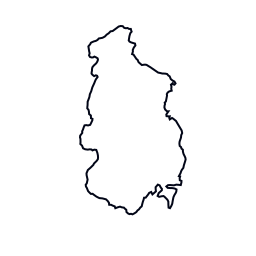 Carambeí, Paraná, Brazil, rotated 224°
{"feature_id": "56859067B81266662145879", "entity_name": "Carambeí", "entity_type": "district", "adm_level": 2, "iso_a3": "BRA", "parent_name": "Brazil", "parent_adm1": "Paraná", "projection": "equal_earth", "projection_center": [-50.155, -24.89], "detail": "fine", "context": "isolated", "style": "outline", "palette": "ink", "viewbox_px": 256, "rotation_deg": 224, "n_neighbors": 0, "source": "geoboundaries", "source_scale": "gbopen_adm2", "svg_char_len": 3470}
<svg xmlns="http://www.w3.org/2000/svg" viewBox="0 0 256 256"><g transform="rotate(224 128 128)"><path d="M197.8,199.6L198.8,198.3L200.3,197.4L202.5,197.6L204.1,196.3L205.2,194.5L205.5,192.5L205.8,190.7L206.4,187.1L207.7,185.4L207.7,182.7L208.2,180.4L208.2,177.7L209.0,175.2L210.1,173.6L211.2,172.1L211.1,170.2L211.7,168.2L212.6,166.8L213.4,165.0L213.9,163.5L213.4,162.0L213.2,159.2L209.1,156.1L207.5,155.1L206.5,153.2L204.7,152.7L203.1,153.5L202.2,154.5L201.8,156.0L199.8,156.7L198.2,157.0L197.0,156.2L196.2,154.4L195.8,152.4L196.0,149.2L195.8,146.9L194.7,145.2L193.7,144.2L193.0,143.0L192.0,141.8L190.4,141.6L188.4,141.8L187.7,143.6L186.5,144.1L185.3,143.6L184.9,140.6L184.2,138.7L183.4,136.8L181.9,132.5L180.8,130.4L180.0,128.9L178.9,125.8L177.3,123.5L176.1,120.8L175.3,118.9L173.0,116.4L172.1,115.2L170.9,113.8L169.2,113.7L167.7,112.8L165.6,111.0L163.4,111.2L161.4,109.3L159.9,109.9L159.0,108.8L158.1,106.2L157.4,104.0L158.5,102.1L160.0,101.1L161.1,99.7L160.4,97.9L159.3,95.6L158.7,93.8L157.5,92.7L157.1,89.3L156.0,87.9L154.6,87.1L152.2,84.7L151.2,83.4L148.8,83.4L146.2,82.2L144.1,82.9L141.9,84.5L140.8,86.0L139.3,87.2L138.0,87.2L137.2,89.0L135.6,90.2L132.7,88.8L130.5,87.3L129.0,85.9L128.0,84.6L127.7,82.5L127.8,78.8L127.3,77.4L127.4,73.3L127.7,69.9L126.4,66.6L125.0,65.3L121.2,62.8L119.2,59.5L119.0,57.8L117.6,56.7L116.0,56.3L112.9,54.9L111.2,54.8L109.0,54.8L107.7,56.1L106.5,56.2L103.1,56.7L101.4,57.2L99.9,57.7L97.5,59.6L94.3,61.4L91.9,61.4L89.8,61.0L88.2,59.7L86.8,61.0L84.9,61.6L83.1,62.4L81.4,61.5L80.2,64.0L79.1,65.9L77.4,66.6L75.6,67.9L74.0,67.8L72.5,68.0L70.7,66.5L68.4,66.6L67.1,67.1L66.2,68.4L64.8,69.0L64.1,71.1L63.6,73.3L63.9,75.3L63.6,77.1L63.9,79.3L63.7,81.1L65.1,83.5L66.1,85.3L66.8,86.9L68.0,89.0L66.9,90.2L67.3,94.1L67.7,96.0L66.9,98.1L64.3,97.2L63.9,101.8L65.9,103.5L67.0,104.6L67.2,108.0L65.4,108.7L62.9,107.9L61.4,107.8L60.4,106.7L60.7,102.5L59.5,99.7L57.8,100.1L56.5,102.1L55.2,103.7L54.0,103.9L49.9,103.8L47.9,103.1L45.8,101.0L43.5,98.9L42.1,99.5L42.8,102.3L43.6,104.3L45.2,106.6L46.5,108.6L47.3,109.9L48.1,112.2L48.5,114.2L49.1,115.8L50.4,117.5L52.4,116.9L54.2,115.7L56.3,113.8L57.9,112.5L59.8,112.6L59.5,114.7L58.0,116.3L55.2,118.6L53.9,120.8L52.1,122.3L50.4,123.6L51.8,126.0L52.8,127.1L54.4,126.4L56.0,127.8L56.8,129.3L57.9,128.7L58.4,130.4L58.8,131.9L59.8,134.0L60.2,135.4L60.5,137.8L61.9,140.0L63.9,144.0L64.7,145.4L66.0,146.4L67.7,147.1L70.0,147.9L72.0,149.1L73.5,150.5L75.2,150.3L76.5,151.1L78.3,151.0L80.0,152.3L81.2,153.7L81.9,155.0L82.6,156.6L83.3,158.0L84.8,159.9L85.5,162.0L87.7,163.5L95.9,165.7L98.3,166.4L100.8,166.2L102.0,166.1L103.3,165.8L103.9,163.2L105.3,163.9L106.1,165.4L107.1,164.4L108.5,163.3L109.8,164.3L110.2,166.3L110.5,168.1L111.5,167.1L112.9,167.1L114.1,167.1L116.0,168.0L117.2,169.4L118.0,171.0L119.2,171.7L119.2,173.4L120.8,175.9L122.5,178.5L123.6,179.3L124.1,181.0L123.8,182.9L122.5,185.2L124.1,186.2L125.3,187.8L127.2,189.0L127.0,191.3L125.9,190.7L124.7,191.4L124.8,193.1L126.9,193.7L128.9,193.1L131.2,192.9L133.9,194.1L135.3,193.8L137.4,194.0L139.1,192.9L141.2,191.0L143.1,189.9L144.8,188.8L154.4,187.2L156.1,186.8L158.5,186.3L159.8,185.4L160.8,184.2L161.8,182.9L166.1,182.7L168.5,183.7L169.8,183.5L171.7,183.9L173.6,184.3L174.9,184.6L176.4,184.0L177.5,186.3L178.8,187.5L179.7,189.9L180.0,192.5L181.6,193.6L183.5,192.6L185.3,191.7L186.9,191.2L188.3,191.5L189.2,192.8L190.8,195.1L192.2,197.8L192.3,199.8L193.5,200.4L194.8,201.2L196.1,200.0L197.8,199.6Z" fill="none" stroke="#020617" stroke-width="2"/></g></svg>